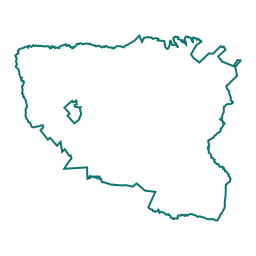 the district of Chegutu, Mashonaland West, Zimbabwe
{"feature_id": "62879985B20095614329171", "entity_name": "Chegutu", "entity_type": "district", "adm_level": 2, "iso_a3": "ZWE", "parent_name": "Zimbabwe", "parent_adm1": "Mashonaland West", "projection": "albers", "projection_center": [30.348, -18.189], "detail": "fine", "context": "isolated", "style": "outline", "palette": "teal", "viewbox_px": 256, "rotation_deg": 0, "n_neighbors": 0, "source": "geoboundaries", "source_scale": "gbopen_adm2", "svg_char_len": 5683}
<svg xmlns="http://www.w3.org/2000/svg" viewBox="0 0 256 256"><path d="M201.4,41.6L201.0,40.7L199.5,40.4L198.5,38.8L197.2,38.8L196.7,39.5L196.2,38.6L193.2,37.5L192.6,39.9L193.1,41.6L192.9,42.9L192.6,41.7L191.5,40.2L191.4,38.5L190.8,37.8L188.6,37.1L188.2,37.5L187.0,36.5L186.0,36.6L184.7,38.5L184.7,39.5L186.0,42.9L186.1,44.4L184.9,42.8L184.2,42.9L183.9,41.9L183.0,41.0L182.2,42.0L181.4,41.3L181.8,40.2L180.9,40.3L180.0,39.5L178.1,39.2L177.9,38.7L178.3,37.4L177.1,36.9L176.4,37.2L175.4,36.6L173.3,38.0L173.2,38.8L173.8,39.8L174.0,41.5L176.4,44.1L177.9,46.8L178.0,47.7L177.0,46.2L175.4,44.8L173.5,44.8L172.8,45.2L172.0,44.6L170.9,41.2L170.4,40.8L169.9,41.8L169.7,44.6L168.7,47.5L167.7,48.9L167.1,49.0L165.2,46.9L164.3,41.1L157.7,40.4L158.4,38.9L157.5,38.4L155.1,38.2L152.6,38.8L152.1,38.1L150.9,37.2L149.1,37.6L148.0,37.4L147.5,37.0L143.9,38.0L142.0,41.9L139.3,35.6L135.1,40.1L132.4,42.1L129.3,43.6L128.1,44.7L125.6,45.5L123.7,47.4L121.0,46.4L117.6,46.1L116.0,46.6L114.0,48.3L112.8,47.8L112.4,48.3L111.0,47.5L110.2,47.3L108.5,47.6L107.4,46.6L105.8,46.0L105.3,46.2L104.8,47.1L103.5,46.6L102.1,47.5L99.3,45.8L97.8,45.7L95.9,46.4L95.4,46.2L95.0,45.5L93.3,45.1L92.7,45.3L91.5,44.4L89.7,44.3L89.8,43.8L85.6,43.6L82.0,44.3L81.2,43.4L80.2,43.1L79.0,43.6L78.6,44.3L77.9,43.9L76.9,43.9L76.7,44.7L75.3,46.3L74.6,46.6L74.4,47.1L73.5,46.8L73.3,47.8L72.4,48.4L71.9,48.1L71.2,47.0L70.3,47.0L69.6,45.5L68.5,45.1L68.5,45.6L66.8,46.0L66.0,44.4L65.7,44.2L65.3,44.9L64.1,44.8L62.0,45.7L61.2,45.6L59.6,46.8L59.5,47.8L58.7,48.3L57.5,47.5L54.9,48.0L54.5,47.5L54.5,46.7L53.0,47.0L52.1,46.2L51.4,46.3L51.0,46.7L51.3,47.9L50.4,47.8L50.0,48.3L48.6,46.3L46.0,46.2L45.4,46.6L44.8,46.3L43.9,46.4L40.8,45.8L39.7,46.0L38.0,45.7L36.8,46.0L36.0,45.4L34.4,46.0L33.4,45.1L32.3,46.3L31.1,46.9L30.3,46.5L29.7,45.8L28.9,45.6L28.1,46.4L28.0,47.5L27.1,46.6L26.3,46.6L22.4,48.3L19.9,48.8L18.3,50.1L18.4,50.8L17.9,51.0L17.9,51.7L18.4,52.6L18.1,53.7L16.9,54.0L16.2,55.0L15.6,55.1L15.4,55.5L15.7,57.1L16.1,57.0L16.5,57.4L16.6,59.7L15.9,61.2L17.0,64.2L16.9,64.7L16.1,65.5L15.8,66.9L18.7,69.7L19.9,76.3L20.3,77.0L21.9,77.7L21.1,78.8L21.1,80.0L21.9,81.0L22.3,80.3L23.4,81.1L24.0,81.9L23.3,84.4L22.6,85.9L22.0,86.0L21.8,86.3L22.6,89.5L22.5,91.4L21.9,93.1L22.6,94.3L23.1,94.3L23.0,94.9L23.4,95.5L23.1,96.7L24.2,97.2L24.2,98.2L25.8,100.2L25.7,101.7L26.7,104.1L26.7,106.0L27.1,106.9L25.7,108.9L25.6,110.0L25.9,110.5L25.6,112.0L26.0,113.3L25.5,114.5L25.6,116.5L26.3,117.5L26.3,118.3L27.8,120.4L28.5,122.2L30.1,122.6L31.2,125.6L32.1,127.1L33.6,127.4L42.7,125.2L43.2,127.5L40.5,130.2L47.9,139.7L50.1,137.8L57.0,145.7L60.6,141.8L62.2,151.9L64.7,149.2L69.2,155.8L70.5,155.3L71.5,158.4L68.0,162.9L64.2,168.8L87.1,167.4L87.4,178.8L89.2,178.3L88.5,177.3L89.1,177.1L90.0,176.0L90.2,176.3L89.9,177.1L90.1,177.4L90.5,177.1L91.3,177.3L91.7,176.5L92.5,176.3L93.0,176.3L94.1,177.5L94.4,177.4L94.0,176.9L94.2,176.7L95.2,177.3L95.6,176.9L96.3,177.6L96.1,176.5L97.5,176.4L98.9,177.1L99.5,176.7L99.6,177.3L99.1,177.3L98.9,178.2L99.6,178.2L99.9,179.0L100.2,179.0L100.4,178.5L101.2,178.7L101.4,181.0L102.0,181.9L102.5,182.1L102.5,181.8L110.7,184.5L121.4,185.4L126.4,185.2L132.5,186.7L136.7,183.5L144.9,190.6L155.3,191.9L148.3,207.4L150.5,209.3L152.5,209.6L153.0,211.1L154.3,211.1L155.3,211.9L157.2,210.9L158.5,209.7L158.8,210.3L158.8,212.0L159.6,212.9L160.3,212.0L161.1,211.8L163.6,212.7L165.8,214.1L165.9,214.5L166.9,214.3L168.3,215.0L168.9,214.3L170.8,216.7L171.0,217.8L172.2,218.1L173.1,219.0L173.7,219.0L174.3,218.3L176.5,218.7L177.1,218.5L177.4,218.0L177.8,218.0L177.5,217.1L178.3,215.4L180.5,215.8L180.9,215.5L181.2,214.8L181.7,215.1L183.0,214.8L183.8,215.1L184.7,216.0L185.4,215.5L185.4,214.8L185.8,214.7L186.9,215.5L187.9,215.5L188.2,214.8L189.9,214.1L192.3,214.2L194.6,215.3L195.7,215.3L196.8,216.3L198.3,217.0L199.3,216.4L200.1,216.4L202.2,217.3L202.9,217.2L205.6,218.1L206.7,218.8L210.0,219.4L211.9,219.1L214.1,219.3L215.3,220.3L217.3,220.4L217.8,220.0L220.1,215.6L220.4,214.3L221.7,213.3L224.5,208.0L224.8,206.3L224.7,202.9L225.6,195.0L225.9,184.6L226.7,184.2L227.9,182.8L229.4,182.2L230.2,181.0L230.0,179.9L230.6,178.8L229.8,177.8L229.7,176.9L228.4,175.7L228.9,174.7L227.1,172.9L226.3,171.5L225.0,171.3L225.0,170.3L224.4,169.5L224.2,168.4L223.0,168.8L222.9,167.1L221.8,166.5L220.0,167.0L218.6,165.2L218.6,164.3L217.1,164.2L217.2,163.6L215.5,163.1L215.0,162.1L214.4,161.9L214.2,161.0L214.6,159.9L213.7,159.7L213.3,158.2L212.1,157.7L211.2,157.7L211.1,154.9L210.1,153.6L208.8,152.9L208.8,150.9L208.0,148.9L208.3,148.8L208.8,147.8L207.9,147.7L208.5,146.2L209.3,145.5L208.9,143.5L208.3,142.7L208.3,141.2L208.5,140.1L209.2,140.0L211.8,138.5L213.2,138.0L214.2,136.0L215.7,135.2L216.2,134.3L217.8,132.9L219.5,132.2L220.7,130.6L220.4,129.7L220.8,129.2L220.8,128.5L222.0,127.7L223.3,125.1L224.5,123.9L224.6,123.4L224.0,122.7L223.0,123.0L222.8,122.8L222.8,121.1L221.7,120.2L220.7,120.0L220.2,119.4L221.4,119.0L222.2,117.9L221.6,117.4L221.9,116.3L222.5,115.5L222.6,114.2L223.8,112.2L223.8,107.1L224.1,106.7L224.7,106.7L225.9,104.9L227.1,104.2L230.7,104.0L231.6,103.3L232.3,103.3L233.1,102.3L232.9,101.9L231.5,101.1L231.4,100.5L230.7,99.9L230.8,97.3L229.1,93.3L229.3,91.6L227.0,88.6L226.4,86.1L237.1,75.8L235.2,67.1L240.6,60.6L240.5,60.3L237.4,60.2L233.5,66.2L221.4,61.2L221.5,60.6L218.1,56.4L225.5,49.8L223.7,46.5L222.1,47.2L220.6,46.2L213.1,53.7L209.0,53.4L199.3,62.5L193.8,58.2L191.0,54.4L196.3,45.2L201.4,41.6ZM75.9,100.5L76.5,100.9L76.5,102.7L76.8,104.2L74.6,105.1L74.7,106.1L75.2,106.8L76.3,107.1L77.4,107.0L78.9,107.5L80.5,107.3L80.0,108.0L80.1,109.9L81.1,113.4L80.9,114.7L78.5,120.3L74.3,123.3L70.2,118.8L67.5,115.5L69.5,113.7L69.5,113.4L64.4,107.6L72.1,100.8L73.1,102.3L74.4,102.0L75.9,100.5Z" fill="none" stroke="#0f766e" stroke-width="2"/></svg>